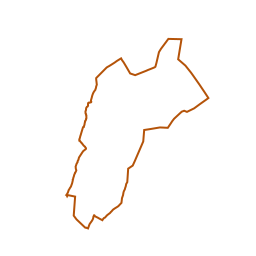 Siljan nor, Telemark, Norway, rotated 56°
{"feature_id": "86288312B40873375407983", "entity_name": "Siljan nor", "entity_type": "district", "adm_level": 2, "iso_a3": "NOR", "parent_name": "Norway", "parent_adm1": "Telemark", "projection": "orthographic", "projection_center": [9.707, 59.31], "detail": "fine", "context": "isolated", "style": "outline", "palette": "amber", "viewbox_px": 256, "rotation_deg": 56, "n_neighbors": 0, "source": "geoboundaries", "source_scale": "gbopen_adm2", "svg_char_len": 4614}
<svg xmlns="http://www.w3.org/2000/svg" viewBox="0 0 256 256"><g transform="rotate(56 128 128)"><path d="M182.7,172.1L180.7,169.4L180.4,169.2L180.2,169.1L179.5,168.3L179.1,168.0L179.0,167.9L178.1,166.8L177.1,165.0L176.9,164.7L176.5,164.3L175.9,163.6L175.2,162.6L174.0,161.4L173.4,160.8L172.5,158.9L165.3,153.3L161.8,150.6L161.8,145.1L159.3,141.0L149.1,125.1L147.7,122.9L138.7,115.7L141.4,110.0L145.4,101.2L150.1,94.9L148.2,90.2L147.1,87.6L146.1,84.6L144.5,74.3L144.7,73.6L145.1,71.8L147.6,70.1L148.7,62.2L148.4,54.9L148.2,45.9L148.1,44.6L141.1,44.5L135.9,44.5L131.5,44.5L120.6,44.7L117.3,44.8L108.4,45.5L99.1,48.0L84.3,34.0L76.7,44.7L80.8,56.4L82.4,59.9L90.0,68.1L92.5,71.0L92.6,71.9L92.1,74.4L90.9,79.8L90.9,80.2L88.2,92.5L84.0,95.7L76.6,95.2L71.1,94.9L68.5,95.0L66.4,94.8L66.2,99.9L66.3,102.5L66.2,106.4L66.1,109.0L66.0,110.0L65.9,111.8L68.8,126.4L69.4,126.9L69.8,127.1L70.3,127.4L71.3,127.9L71.7,128.1L72.1,128.3L72.5,128.5L73.2,128.9L74.0,129.3L74.6,129.6L76.0,131.4L76.6,131.9L77.2,132.6L77.5,133.1L77.9,133.5L78.1,133.7L78.3,134.4L78.5,134.9L78.6,135.3L78.8,135.7L79.0,136.2L79.1,136.4L79.2,136.7L79.4,136.9L79.5,137.2L80.1,138.1L81.2,139.6L81.5,139.9L81.8,140.3L82.4,140.9L84.4,143.3L85.2,143.7L85.8,143.8L86.0,144.2L85.9,144.6L85.8,144.9L85.6,145.4L85.5,145.8L85.2,145.9L85.0,146.3L85.0,146.8L85.1,147.2L85.3,147.4L85.5,147.5L86.1,148.0L86.3,148.1L86.6,148.3L86.8,148.4L87.0,148.5L87.3,148.9L87.5,149.3L87.6,149.6L87.5,149.8L87.5,150.0L87.5,150.3L87.9,151.2L88.1,151.5L88.5,151.9L88.9,152.2L89.1,152.4L89.4,152.6L89.5,152.7L89.8,153.0L90.0,153.4L90.5,153.9L90.6,154.1L91.8,154.8L92.6,155.0L92.6,154.9L92.6,155.0L92.8,155.0L93.1,155.0L93.3,155.1L93.5,155.3L93.6,155.5L94.0,155.5L94.5,155.6L94.7,155.8L94.8,155.8L95.0,156.0L95.5,156.3L95.8,156.5L96.0,156.6L96.3,156.8L96.6,157.0L96.7,157.3L96.8,157.3L96.9,157.5L97.0,157.6L97.2,157.8L97.3,157.9L97.4,158.0L97.6,158.1L97.7,158.3L97.8,158.5L97.9,158.8L98.0,158.9L98.1,159.0L98.2,159.3L98.3,159.4L98.3,159.5L98.3,159.8L98.5,159.9L98.7,160.1L98.9,160.3L99.0,160.4L99.1,160.5L99.3,160.6L99.4,160.8L99.5,160.9L99.6,161.0L100.0,161.4L100.1,161.5L100.3,161.7L100.5,161.9L100.6,162.0L100.8,162.1L100.9,162.3L101.0,162.4L101.2,162.6L101.3,162.7L101.4,162.8L101.5,163.0L101.7,163.3L101.8,163.5L102.1,163.7L102.2,163.8L102.3,163.9L102.2,164.0L102.1,164.3L102.1,164.5L102.4,165.1L106.4,170.0L106.9,170.6L107.0,170.7L107.2,171.0L107.5,171.3L107.9,171.9L109.6,173.8L109.8,174.1L109.9,174.3L110.0,174.3L110.3,174.6L110.3,174.8L110.6,175.0L110.6,174.9L110.7,175.0L110.8,175.0L111.0,175.0L111.3,175.1L111.5,175.0L112.0,175.2L112.3,175.1L112.5,175.1L113.1,175.0L113.3,175.0L113.5,175.0L113.9,174.9L114.0,174.9L114.5,174.9L114.8,174.9L115.0,174.7L115.3,174.7L115.5,174.7L115.9,174.7L117.7,174.6L119.2,174.2L119.4,174.2L119.6,174.1L119.9,174.2L120.6,174.2L121.1,174.1L121.4,174.2L121.7,174.5L121.9,174.8L122.1,178.0L122.7,179.6L125.0,185.0L125.6,185.8L126.5,186.7L126.7,187.1L126.8,187.2L126.8,187.3L127.0,187.8L127.2,188.0L127.3,188.1L127.4,188.3L127.5,188.4L127.6,188.5L128.0,188.8L128.0,189.0L128.3,189.3L128.4,189.5L128.5,189.8L128.6,190.0L128.8,190.4L128.8,190.5L129.0,190.7L129.1,190.9L129.5,191.4L130.8,193.1L131.0,193.2L131.7,193.5L132.1,193.8L132.8,194.1L133.2,194.2L134.3,194.6L134.6,195.1L134.7,195.3L134.9,195.6L135.1,195.8L135.5,197.0L135.9,197.2L136.4,198.3L137.2,199.3L137.7,199.8L138.9,201.4L139.1,201.6L139.5,201.9L139.6,202.1L139.8,202.3L139.9,202.5L140.0,202.8L140.3,202.9L140.6,203.1L142.9,205.6L143.1,206.0L143.7,206.8L144.6,208.0L144.9,208.7L145.2,209.5L146.1,211.3L146.3,211.9L147.8,213.8L148.1,214.4L148.5,215.1L149.0,216.4L149.5,215.9L149.7,216.2L149.8,216.5L150.5,216.6L150.4,216.4L150.3,216.1L150.2,215.8L150.0,215.4L155.3,210.2L170.3,222.0L174.9,221.8L186.7,219.2L186.9,219.0L186.9,218.9L187.0,218.8L187.1,218.6L187.3,218.4L187.5,218.3L187.5,218.2L188.9,217.3L187.5,215.4L187.4,215.3L187.2,215.0L186.3,213.7L186.0,213.1L185.6,212.0L184.9,210.1L184.8,209.9L184.6,209.4L184.0,208.3L183.7,207.8L182.5,206.5L182.1,206.2L181.7,205.4L181.5,205.2L181.4,205.0L181.5,204.9L181.6,204.7L182.7,204.7L183.5,204.3L184.6,203.7L185.2,203.3L186.1,202.9L186.9,202.5L187.3,202.3L190.1,200.8L189.8,200.2L189.6,199.7L189.5,199.3L189.3,198.7L189.2,198.3L189.3,197.5L189.4,197.1L189.3,196.7L189.1,196.0L189.0,195.6L188.9,195.1L188.7,194.7L188.7,194.3L188.6,193.8L188.4,190.3L188.1,189.4L188.0,189.1L188.0,188.7L187.9,188.2L187.6,187.2L187.3,185.9L187.3,185.5L187.3,184.3L187.3,183.4L187.4,181.0L187.4,180.2L187.4,179.9L187.2,178.8L187.1,178.4L187.0,178.1L186.8,177.1L186.4,175.3L183.5,172.8L183.2,172.6L182.7,172.1Z" fill="none" stroke="#b45309" stroke-width="2"/></g></svg>